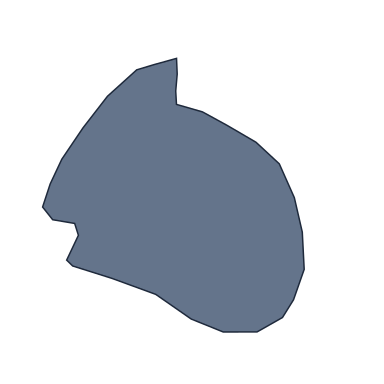 map outline of Niamey (Albers equal-area conic projection), rotated 202°
{"feature_id": "NER-94", "entity_name": "Niamey", "entity_type": "Capital District", "adm_level": 1, "iso_a3": "NER", "parent_name": "Niger", "parent_adm1": "", "projection": "albers", "projection_center": [2.146, 13.496], "detail": "fine", "context": "isolated", "style": "filled", "palette": "slate", "viewbox_px": 384, "rotation_deg": 202, "n_neighbors": 0, "source": "natural_earth", "source_scale": "10m", "svg_char_len": 529}
<svg xmlns="http://www.w3.org/2000/svg" viewBox="0 0 384 384"><g transform="rotate(202 192 192)"><path d="M145.1,73.9L187.3,83.5L234.2,81.9L274.9,78.7L282.7,81.9L281.1,109.3L289.0,118.9L310.8,114.1L324.9,122.1L326.5,146.3L325.0,173.6L317.1,210.6L306.2,249.2L289.0,284.6L274.9,295.9L256.4,310.1L249.9,295.8L244.9,279.5L239.2,267.4L212.3,270.2L184.2,266.9L151.3,262.1L121.6,250.8L95.0,225.1L74.7,196.1L59.0,162.3L57.5,130.1L61.1,109.5L79.3,86.6L110.7,73.9L145.1,73.9Z" fill="#64748b" stroke="#1e293b" stroke-width="1.5"/></g></svg>